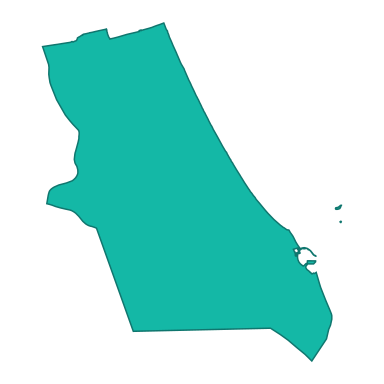 the district of Singhanakhon, Songkhla, Thailand
{"feature_id": "78962969B74412362981694", "entity_name": "Singhanakhon", "entity_type": "district", "adm_level": 2, "iso_a3": "THA", "parent_name": "Thailand", "parent_adm1": "Songkhla", "projection": "mercator", "projection_center": [100.522, 7.273], "detail": "fine", "context": "isolated", "style": "filled", "palette": "teal", "viewbox_px": 384, "rotation_deg": 0, "n_neighbors": 0, "source": "geoboundaries", "source_scale": "gbopen_adm2", "svg_char_len": 5649}
<svg xmlns="http://www.w3.org/2000/svg" viewBox="0 0 384 384"><path d="M133.3,331.3L270.5,328.2L280.1,334.4L287.9,340.0L296.7,347.5L305.1,354.4L311.8,361.0L326.5,338.9L327.4,335.0L328.7,329.4L330.5,325.2L331.8,319.2L331.8,315.7L331.4,314.0L330.1,310.7L325.7,300.3L320.7,287.6L319.4,283.4L316.2,272.4L314.7,273.5L314.4,273.3L314.1,273.2L313.4,273.1L313.1,273.4L312.8,273.7L311.6,273.7L311.4,273.4L310.8,272.7L310.6,272.7L310.3,272.2L309.9,272.2L309.0,271.1L308.6,270.8L308.1,270.4L307.8,270.3L307.6,270.1L307.1,269.7L306.7,269.2L306.2,268.4L305.9,267.7L305.8,267.4L305.7,266.8L305.8,266.5L307.6,264.0L307.8,263.9L313.6,263.9L315.6,261.8L315.6,261.2L315.1,261.1L315.2,260.9L307.7,260.8L307.6,261.1L307.4,261.1L307.3,263.2L307.3,263.3L306.6,263.4L306.2,263.5L305.7,263.9L303.8,265.8L303.7,265.9L303.1,266.0L303.0,265.9L302.8,265.7L302.6,265.6L301.6,264.9L300.3,263.8L299.8,263.2L299.2,262.4L298.9,262.0L298.2,260.4L297.9,259.7L297.8,259.1L297.6,257.9L297.5,256.8L297.6,256.0L297.6,255.2L297.1,254.7L296.9,254.8L296.8,255.1L296.7,255.2L296.6,255.4L296.7,255.6L296.6,255.8L296.5,256.0L296.3,256.1L295.8,256.1L295.6,256.0L295.4,255.8L295.3,255.3L295.3,254.6L295.3,254.4L295.7,254.3L296.2,254.4L296.4,254.4L296.6,254.3L297.3,254.3L297.5,254.1L297.8,253.9L298.1,253.8L298.9,253.7L299.3,253.4L299.6,253.3L299.8,253.3L300.0,253.2L300.0,252.9L299.9,252.5L299.9,252.3L299.5,251.7L299.5,251.4L299.4,251.3L299.1,251.3L298.8,251.1L298.5,251.2L298.4,251.4L298.3,251.7L298.4,252.1L298.3,252.3L298.1,252.4L295.3,253.3L295.1,253.2L294.8,252.6L295.0,252.1L294.9,251.9L294.5,251.8L293.8,250.2L293.9,249.8L293.8,249.7L293.5,249.5L293.4,249.3L297.7,248.0L297.9,248.1L298.6,248.9L298.8,249.1L298.8,249.3L298.8,249.5L298.7,249.6L298.4,249.7L298.0,249.4L297.9,249.3L297.7,249.5L298.0,249.9L298.2,250.1L298.4,250.0L299.0,249.8L299.7,250.1L300.0,250.1L300.5,249.7L301.0,249.3L301.5,248.9L302.1,248.7L302.5,248.6L302.8,248.6L304.0,248.8L304.4,248.8L305.8,248.5L306.2,248.4L307.0,248.6L307.9,249.1L308.0,249.5L308.3,249.8L309.1,249.9L309.3,249.9L310.2,250.7L310.7,251.2L313.2,254.6L313.9,255.2L314.7,255.6L315.4,255.9L315.5,255.9L315.5,256.1L315.8,256.1L315.7,255.7L315.2,255.5L314.5,255.3L313.8,254.8L313.2,254.1L311.8,252.3L310.7,250.9L309.4,249.8L307.4,248.5L306.9,248.3L305.0,247.8L304.5,247.7L303.9,247.7L302.6,247.9L300.4,248.5L300.2,248.5L300.0,248.4L299.6,247.8L297.9,245.4L295.8,242.0L294.5,239.3L293.4,237.1L292.6,235.7L290.3,232.5L289.0,230.2L288.8,230.0L288.6,230.0L287.1,229.8L286.6,229.6L284.1,227.8L282.8,227.1L281.9,226.3L280.6,225.4L273.9,219.5L268.1,213.5L265.4,210.4L262.9,207.4L260.3,204.2L256.6,199.9L255.9,199.0L255.2,197.7L254.1,196.3L253.6,195.9L251.9,193.4L251.1,192.4L250.6,192.0L249.5,190.1L248.6,188.9L246.2,185.2L244.6,182.8L242.1,178.7L240.7,176.5L239.9,175.1L236.9,170.4L233.3,164.4L232.8,163.4L232.2,162.4L231.3,161.4L231.1,160.8L230.9,160.2L230.8,159.9L230.5,159.6L229.6,158.2L228.1,155.5L227.1,153.7L226.6,152.4L225.5,151.2L222.4,145.9L217.4,136.7L213.2,129.3L212.3,127.3L211.5,125.8L210.8,124.8L210.5,124.2L210.0,123.2L208.8,120.9L208.1,119.3L205.8,114.9L205.0,113.3L204.7,112.6L203.9,111.5L203.0,109.3L202.2,108.0L201.9,107.3L201.5,106.3L201.0,105.3L200.5,104.2L199.7,102.7L198.5,100.0L197.7,98.6L197.0,97.1L196.3,96.0L195.3,93.8L193.7,90.3L191.5,85.8L190.8,84.1L189.7,81.8L188.9,80.3L184.6,70.4L184.1,68.9L181.3,64.2L180.3,62.1L178.1,56.9L177.0,54.4L176.5,53.1L172.9,45.2L171.6,42.0L169.3,36.9L169.2,36.4L168.8,35.2L168.5,34.2L167.9,33.0L167.7,32.3L167.4,30.9L167.0,30.5L166.1,29.0L164.4,24.5L163.8,23.0L159.3,24.7L157.1,25.4L153.6,26.7L151.7,27.5L151.2,27.6L149.3,28.2L142.8,30.0L142.2,30.2L141.2,30.6L141.0,30.0L139.2,30.6L139.4,31.5L126.9,34.4L118.5,36.9L114.3,38.0L109.9,39.0L109.9,38.7L109.6,38.2L109.0,37.6L108.7,37.0L108.2,35.7L107.5,33.9L107.3,32.5L106.4,30.3L106.5,30.1L106.8,30.0L106.4,29.0L105.1,29.4L98.1,30.9L97.3,31.1L95.4,31.5L92.2,32.3L89.4,32.8L89.1,33.0L87.3,33.4L86.9,33.5L86.2,33.7L85.7,33.8L85.1,33.9L84.5,34.0L83.8,34.1L83.3,34.3L83.3,34.5L83.0,34.7L82.4,34.8L82.4,35.3L82.0,35.3L81.5,35.5L81.1,35.7L80.8,35.9L80.4,36.2L79.9,36.5L79.6,36.7L78.9,37.0L77.5,37.9L77.4,38.1L77.3,38.8L76.9,39.7L76.7,40.1L76.0,40.8L75.5,41.0L74.7,41.2L73.3,41.9L73.0,42.0L72.3,41.6L72.0,41.5L71.6,41.7L70.9,42.1L70.7,42.2L70.5,42.3L42.6,46.6L48.6,64.4L49.0,67.3L48.8,74.3L49.2,77.6L50.0,82.6L51.0,85.6L56.6,99.7L65.4,115.1L69.9,120.8L73.0,124.4L75.3,126.8L78.3,130.0L78.9,131.1L79.2,132.8L79.1,134.9L78.9,136.4L78.9,138.5L78.1,142.2L75.6,151.4L75.2,152.6L74.9,154.1L74.4,158.4L74.3,159.5L74.4,160.0L75.0,162.9L75.7,164.4L76.4,165.5L76.9,166.4L77.6,169.1L77.8,169.7L77.9,172.3L77.8,173.3L77.7,173.8L77.0,175.6L76.0,177.2L75.8,177.6L73.7,179.7L72.5,180.6L72.0,180.9L66.4,183.0L58.8,185.0L54.3,187.0L53.1,187.7L51.3,189.0L51.0,189.3L50.0,190.4L49.5,191.1L49.2,191.8L48.6,193.7L48.2,195.5L46.8,203.7L49.6,204.4L52.2,205.2L55.6,206.5L60.5,207.9L65.2,209.0L69.9,210.0L71.6,210.6L73.6,211.7L75.6,213.1L78.8,216.3L80.4,218.3L82.8,221.3L85.7,223.9L87.0,224.7L88.5,225.5L90.2,226.1L91.7,226.4L93.2,226.9L94.9,227.5L96.5,228.2L133.3,331.3ZM341.2,205.3L340.4,205.4L339.8,206.1L339.2,206.5L338.8,206.9L338.1,207.3L337.7,207.4L337.3,207.5L336.1,207.7L335.7,207.9L335.5,208.4L335.6,209.0L336.0,209.3L336.3,209.3L336.7,209.3L337.4,209.3L337.9,209.2L338.3,209.1L338.6,209.0L338.9,208.9L339.7,208.6L340.0,208.2L340.5,207.4L340.7,206.6L340.9,206.3L340.9,206.0L341.4,205.5L341.4,205.3L341.2,205.3ZM340.9,222.5L341.0,222.4L341.1,222.1L340.9,221.9L340.9,221.7L341.1,221.4L340.3,221.0L340.5,221.2L340.5,221.3L340.4,221.6L340.1,221.7L340.1,222.0L340.5,222.2L340.6,222.3L340.7,222.5L340.8,222.5L340.9,222.5Z" fill="#14b8a6" stroke="#0f766e" stroke-width="1.5"/></svg>